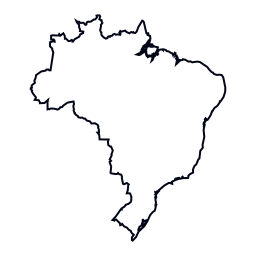 an SVG outline of Brazil
{"feature_id": "BRA", "entity_name": "Brazil", "entity_type": "country or territory", "adm_level": 0, "iso_a3": "BRA", "parent_name": "South America", "parent_adm1": "", "projection": "natural_earth1", "projection_center": [-55.283, -14.242], "detail": "fine", "context": "isolated", "style": "outline", "palette": "ink", "viewbox_px": 256, "rotation_deg": 0, "n_neighbors": 0, "source": "natural_earth", "source_scale": "50m", "svg_char_len": 5749}
<svg xmlns="http://www.w3.org/2000/svg" viewBox="0 0 256 256"><path d="M65.9,38.5L68.5,41.1L70.0,41.0L71.8,39.9L72.6,40.7L72.5,41.6L72.9,41.6L74.7,39.2L79.2,36.7L80.2,34.4L83.1,33.1L83.3,31.6L80.0,31.1L80.2,30.2L79.1,27.1L79.1,24.9L76.9,22.4L76.3,20.9L77.4,21.7L79.3,21.8L80.1,22.9L83.5,22.8L85.4,24.8L85.9,24.8L86.4,24.4L86.7,22.4L88.2,21.6L89.4,21.9L91.1,21.4L93.8,19.5L95.2,19.4L97.0,17.4L96.5,15.6L96.9,15.5L99.5,15.4L100.2,16.3L99.4,19.4L101.6,20.3L101.5,21.2L102.4,22.9L100.9,24.9L101.0,26.2L100.2,30.0L100.7,31.9L101.4,32.4L101.4,34.6L101.8,35.5L104.0,37.6L105.8,38.6L107.5,38.1L107.6,37.3L108.4,36.4L109.9,36.8L110.2,36.0L112.1,35.7L113.2,34.4L114.5,33.9L115.9,34.7L117.7,34.4L120.2,34.8L120.5,33.8L119.4,32.5L120.3,31.0L121.4,31.7L125.1,30.6L126.7,32.1L129.4,33.3L131.2,32.0L132.5,32.6L133.3,32.1L133.8,32.8L135.2,33.0L136.7,31.6L138.3,27.2L142.2,20.7L142.6,20.7L143.8,22.0L146.4,33.2L146.9,33.4L147.6,35.0L150.1,36.0L150.4,38.8L148.5,40.7L146.2,44.3L143.5,46.0L141.5,49.9L141.4,51.4L140.4,52.3L140.1,53.4L138.8,53.4L136.7,54.5L139.0,55.0L140.2,54.7L145.5,50.9L145.8,51.5L145.4,52.0L146.5,55.7L147.9,57.2L149.9,56.1L151.3,56.6L153.3,55.5L151.7,60.8L152.6,60.0L153.9,56.6L154.9,56.1L156.4,54.1L157.6,54.8L158.1,54.1L157.6,53.6L157.6,52.1L159.3,49.8L162.1,49.4L162.8,50.0L162.7,49.3L163.5,49.3L165.8,50.0L166.8,51.1L168.8,51.5L171.6,53.3L172.5,53.4L173.2,55.4L174.4,54.0L176.2,55.5L175.9,55.9L176.6,55.6L177.1,57.4L176.0,58.6L176.5,59.2L177.6,58.0L177.9,59.2L177.2,59.4L176.9,60.4L176.2,64.0L177.6,62.5L178.7,59.8L179.3,59.9L178.8,61.7L180.1,60.4L182.5,60.0L182.9,59.2L185.1,59.7L188.5,61.6L190.4,61.4L192.3,62.3L197.3,61.6L199.9,62.0L207.3,67.0L209.4,69.8L211.5,72.0L213.1,72.7L213.7,73.8L216.6,74.9L219.6,74.7L221.8,75.1L223.3,77.6L225.3,87.5L225.2,91.5L224.5,94.0L223.5,97.0L221.2,100.5L220.4,101.5L219.8,101.4L219.8,102.3L217.2,106.0L214.5,107.9L212.4,111.3L212.4,110.4L210.6,115.3L207.8,119.6L206.6,120.2L206.4,119.1L205.6,118.3L204.8,119.3L205.2,120.0L204.9,121.3L203.9,122.6L203.6,123.9L204.1,124.0L203.7,126.5L203.9,126.8L204.3,126.4L203.6,130.0L204.3,137.0L202.6,144.6L202.8,147.7L200.3,150.8L199.4,158.5L198.3,159.5L196.3,164.3L194.3,166.2L193.5,168.1L193.0,169.7L193.1,172.5L189.7,174.3L188.3,175.9L188.4,177.1L187.9,178.0L183.5,178.1L182.6,176.7L182.1,177.1L182.2,178.3L178.9,178.9L178.5,178.7L180.0,178.4L179.1,177.8L175.3,178.7L175.1,179.5L175.6,179.9L171.9,181.8L171.2,183.0L168.8,182.9L164.4,185.5L158.9,190.1L159.3,190.3L159.1,190.9L157.8,192.3L157.9,191.7L156.9,191.5L156.5,192.5L155.3,192.1L155.4,192.8L156.8,193.4L156.1,194.7L155.5,194.8L156.0,195.4L155.7,196.8L155.1,197.3L155.6,198.1L155.4,199.8L156.0,202.7L155.5,204.8L155.6,207.8L154.7,210.7L152.4,212.4L150.1,215.2L147.3,221.4L144.3,226.2L139.0,231.2L138.9,229.6L139.7,229.8L140.7,229.2L142.7,227.5L143.2,225.4L144.1,225.3L144.3,224.2L145.5,223.0L145.4,221.4L146.0,221.5L146.1,220.4L143.9,221.1L142.6,219.1L142.7,220.4L143.3,221.0L142.6,223.3L142.3,222.8L141.6,225.3L139.3,227.0L138.3,229.9L138.6,231.5L136.0,237.1L132.6,240.6L131.9,240.1L131.9,237.3L133.8,234.8L131.6,232.9L130.8,230.9L128.7,229.7L126.9,227.6L124.1,226.4L122.1,223.9L121.1,225.0L120.2,225.2L120.0,223.4L116.2,219.6L114.9,219.8L114.4,220.6L112.5,220.0L115.7,216.6L120.7,209.5L121.7,209.5L121.5,208.5L124.5,206.6L125.8,204.7L128.2,204.0L130.6,202.2L131.2,200.8L131.4,197.0L130.3,193.8L129.8,193.3L126.8,193.3L127.7,190.6L128.3,184.9L128.7,184.4L126.8,183.0L124.1,184.2L123.0,183.8L121.8,177.7L122.0,176.4L121.1,174.6L118.9,174.1L118.0,173.0L117.1,173.9L115.6,174.1L111.0,173.3L110.5,172.8L111.2,166.7L109.6,161.9L111.0,160.8L109.7,159.5L111.7,155.4L111.4,154.7L112.8,150.6L111.1,146.6L110.3,146.6L108.3,145.0L107.9,141.9L108.6,139.5L99.6,139.4L99.2,134.8L97.5,132.6L99.0,132.5L98.9,129.8L98.0,127.3L98.4,126.4L97.8,125.0L95.0,123.3L91.5,123.5L89.9,121.4L86.7,120.5L85.1,118.6L83.8,118.6L82.1,117.5L80.8,117.8L78.4,117.3L78.0,116.2L75.6,114.6L75.1,113.2L74.6,113.3L73.6,110.4L73.9,109.1L73.3,106.1L74.0,104.0L73.5,101.5L67.6,102.6L63.5,105.4L62.0,107.1L60.3,107.2L59.1,108.8L57.6,109.6L54.6,108.7L50.9,108.5L49.1,109.3L48.1,108.6L47.6,109.0L47.5,102.2L48.0,99.9L44.5,103.0L39.9,103.2L39.9,102.3L38.8,100.3L34.7,99.8L35.9,98.1L35.9,97.4L33.0,93.6L31.8,91.3L32.1,90.4L30.7,89.1L30.8,88.1L32.0,87.7L31.6,86.3L31.8,85.3L34.9,82.8L34.4,80.7L35.6,78.0L36.1,75.1L41.2,71.5L45.6,70.6L46.4,69.6L48.4,69.5L49.2,70.3L50.5,70.3L53.3,52.4L52.3,49.9L52.2,48.5L50.0,46.3L50.1,42.2L53.0,41.3L54.6,41.7L54.5,40.6L53.8,39.5L51.1,39.4L51.1,35.7L52.6,35.3L59.4,35.6L59.0,34.9L59.3,34.1L60.6,35.5L63.3,33.3L64.7,35.7L64.9,38.7L65.9,38.5ZM151.8,46.9L154.3,46.5L157.9,47.3L157.0,50.7L155.7,52.6L155.7,53.5L154.7,54.3L154.0,53.7L153.7,54.8L152.4,54.2L152.0,55.4L150.9,55.9L149.6,55.4L147.4,55.8L146.1,52.7L146.3,52.0L147.1,51.9L146.4,51.8L146.0,50.8L146.7,47.1L148.7,46.2L151.8,46.9ZM143.6,51.4L140.3,53.9L141.6,51.8L141.6,50.5L142.2,49.3L143.7,48.7L144.2,49.4L143.6,51.4ZM148.6,44.2L151.4,44.3L150.3,45.7L148.2,45.3L148.6,44.2ZM148.3,44.0L147.7,45.6L146.8,45.2L148.1,42.1L148.3,44.0ZM152.7,46.2L151.4,46.4L150.8,46.1L152.4,45.1L153.1,45.5L152.7,46.2ZM146.7,46.3L145.3,47.4L144.8,46.8L145.0,46.1L145.7,45.8L146.6,45.9L146.7,46.3ZM149.2,43.3L148.6,43.5L148.5,42.6L149.6,41.9L149.2,43.3ZM148.4,34.4L147.7,34.5L147.5,33.3L148.2,33.2L148.4,34.4ZM156.6,203.8L155.9,206.2L156.0,204.9L156.6,203.8ZM172.0,182.5L172.2,183.8L171.3,183.5L172.0,182.5ZM155.9,198.1L155.5,197.4L156.1,196.7L156.3,197.0L155.9,198.1ZM177.3,62.5L176.8,63.0L177.0,61.6L177.4,61.2L177.3,62.5ZM206.0,120.4L205.1,120.8L205.7,119.8L206.0,120.4ZM177.8,179.2L176.8,179.6L176.6,179.3L177.2,178.8L177.8,179.2ZM204.5,122.8L204.1,123.5L203.9,123.1L204.5,122.8ZM175.4,53.1L175.0,53.6L174.7,53.4L174.9,52.8L175.4,53.1Z" fill="none" stroke="#020617" stroke-width="2"/></svg>